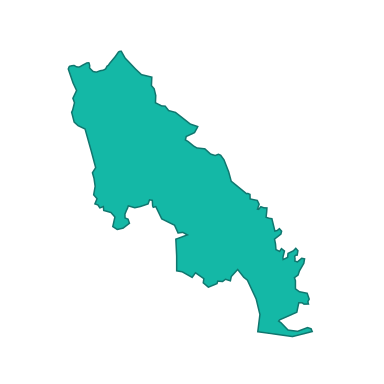 Tranqueras, Rivera, Uruguay, rotated 12°
{"feature_id": "84410073B22832940663467", "entity_name": "Tranqueras", "entity_type": "district", "adm_level": 2, "iso_a3": "URY", "parent_name": "Uruguay", "parent_adm1": "Rivera", "projection": "natural_earth1", "projection_center": [-55.729, -31.199], "detail": "fine", "context": "isolated", "style": "filled", "palette": "teal", "viewbox_px": 384, "rotation_deg": 12, "n_neighbors": 0, "source": "geoboundaries", "source_scale": "gbopen_adm2", "svg_char_len": 2659}
<svg xmlns="http://www.w3.org/2000/svg" viewBox="0 0 384 384"><g transform="rotate(12 192 192)"><path d="M93.5,69.0L92.0,69.5L91.0,70.3L88.6,75.9L84.7,83.3L83.9,85.4L82.7,86.6L81.9,89.6L79.9,91.3L77.1,92.4L73.6,94.6L71.9,94.7L70.5,94.7L70.0,94.6L69.9,94.5L69.6,94.3L68.0,93.3L66.8,92.5L66.2,92.0L65.9,91.7L65.8,90.6L65.7,89.8L65.6,89.6L65.1,88.5L64.6,87.5L64.5,87.3L64.3,87.1L63.9,87.1L63.0,87.4L62.2,87.7L61.9,87.9L61.4,88.4L58.7,90.6L57.3,91.9L56.1,92.9L55.8,93.1L55.3,93.3L55.0,93.4L54.6,93.4L53.6,93.5L53.0,93.5L52.4,93.4L51.9,93.3L51.1,92.9L50.8,92.8L50.6,92.8L50.4,92.8L50.2,92.8L48.1,93.5L47.6,93.8L47.3,93.9L46.3,94.4L46.1,94.5L45.8,95.1L45.7,95.5L45.6,96.1L45.4,97.4L53.0,110.1L58.0,116.7L56.0,125.1L58.5,129.1L58.2,136.9L57.7,139.0L62.2,148.1L66.8,150.8L74.3,152.6L85.2,173.4L92.7,188.2L90.6,193.9L93.3,199.0L96.1,206.6L96.4,215.2L100.5,218.3L99.5,223.8L102.6,224.2L105.2,226.7L108.3,224.7L109.5,228.4L117.0,228.9L121.8,232.5L121.7,242.3L126.7,244.2L132.1,241.7L137.3,235.6L135.1,231.9L131.9,231.3L131.0,227.6L131.7,223.6L132.3,221.3L132.6,218.8L139.3,219.3L144.6,216.9L151.5,212.8L152.1,208.5L154.9,208.4L156.4,213.8L157.3,215.0L159.6,213.8L168.0,224.6L181.8,228.1L186.9,235.0L191.4,233.4L196.4,234.9L186.0,241.5L190.3,257.8L193.4,272.3L199.0,272.1L209.9,275.5L212.2,270.3L221.6,274.3L221.9,278.5L227.8,281.7L235.5,276.4L235.7,273.9L240.5,273.2L242.9,270.4L248.0,270.9L248.0,266.5L252.8,258.3L260.3,264.6L264.5,266.7L277.0,283.3L283.9,297.7L285.4,315.0L320.4,312.5L338.6,303.5L336.9,301.0L333.2,300.6L324.3,306.3L314.7,307.1L306.1,301.3L303.6,300.3L304.3,298.8L319.5,287.8L319.5,278.1L322.9,277.5L324.8,278.4L329.2,277.4L328.1,275.2L328.9,272.4L325.7,267.1L317.7,267.2L313.3,265.2L311.6,257.2L310.0,254.5L313.0,251.2L313.5,246.8L316.2,238.5L316.0,234.0L313.1,234.0L309.6,238.5L306.9,238.1L306.7,236.0L305.8,233.6L306.6,232.3L308.0,231.9L307.8,227.4L305.2,225.5L303.4,228.4L298.7,232.1L299.1,236.1L295.2,239.1L294.5,237.0L294.7,230.5L291.3,228.8L290.0,231.9L286.1,230.9L284.5,225.5L282.5,220.9L287.7,214.7L287.8,211.7L285.1,209.7L283.4,211.9L281.2,213.0L275.7,201.5L272.8,201.7L269.7,201.3L269.2,196.1L268.6,192.0L265.6,192.5L262.4,192.1L260.8,195.1L259.6,195.2L260.2,190.0L257.6,186.7L250.3,186.7L249.2,182.3L246.9,181.8L245.6,182.3L228.1,173.3L223.7,164.7L216.6,153.9L212.4,150.1L210.0,149.6L207.1,151.5L202.2,151.0L195.6,147.1L187.6,147.9L184.0,146.7L177.8,143.5L174.7,142.4L174.8,138.9L182.1,133.4L183.8,127.9L184.0,126.8L176.2,125.9L159.3,117.6L152.2,117.2L147.9,113.6L144.3,114.1L137.7,112.3L136.5,105.2L133.5,98.9L130.2,96.4L128.8,88.0L118.1,87.7L111.2,83.5L98.7,74.9L93.5,69.0Z" fill="#14b8a6" stroke="#0f766e" stroke-width="1.5"/></g></svg>